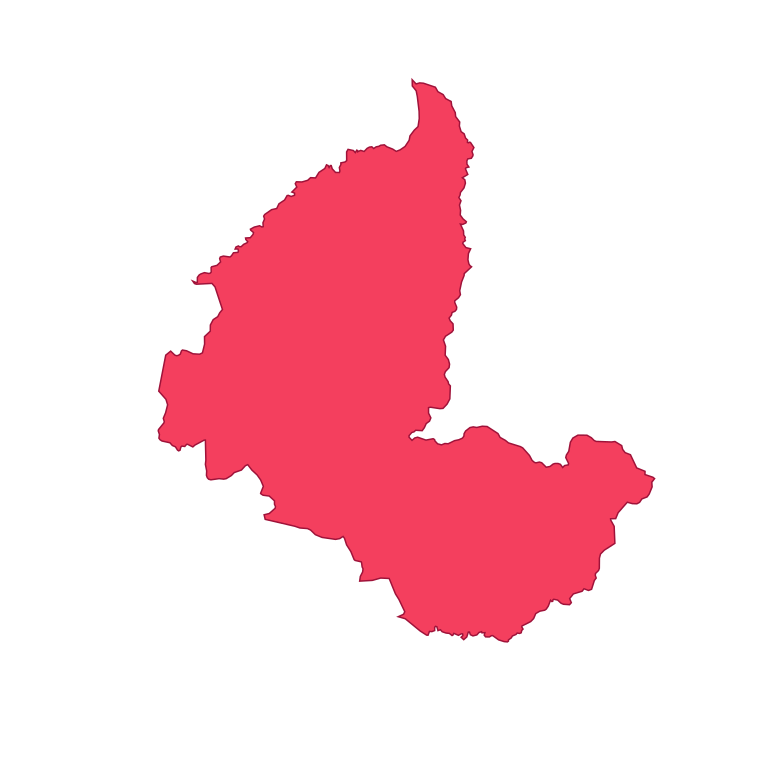 the district of Mocuba, Zambezia, Mozambique, rotated 73°
{"feature_id": "85939544B358257057392", "entity_name": "Mocuba", "entity_type": "district", "adm_level": 2, "iso_a3": "MOZ", "parent_name": "Mozambique", "parent_adm1": "Zambezia", "projection": "orthographic", "projection_center": [36.843, -16.852], "detail": "fine", "context": "isolated", "style": "filled", "palette": "rose", "viewbox_px": 768, "rotation_deg": 73, "n_neighbors": 0, "source": "geoboundaries", "source_scale": "gbopen_adm2", "svg_char_len": 6170}
<svg xmlns="http://www.w3.org/2000/svg" viewBox="0 0 768 768"><g transform="rotate(73 384 384)"><path d="M229.7,536.8L232.5,535.9L233.7,534.3L237.5,519.1L241.8,517.2L265.5,516.7L267.9,520.3L271.0,523.3L272.5,528.5L276.8,532.8L282.7,534.7L286.2,541.8L293.4,543.9L301.1,548.5L301.6,551.6L299.3,557.8L294.5,563.1L292.6,566.8L293.1,568.0L295.9,570.1L296.5,572.4L296.3,574.1L295.2,575.6L290.2,578.4L292.6,584.3L325.0,601.5L334.9,597.0L340.6,597.0L347.7,601.3L352.3,605.1L355.6,605.1L356.8,605.8L361.6,612.9L362.8,613.6L366.6,613.5L370.0,615.1L371.8,614.5L373.6,613.0L377.6,605.9L380.9,604.4L383.1,601.8L386.8,600.8L387.9,599.9L387.7,598.4L385.0,596.8L384.3,595.4L385.5,592.8L384.0,590.4L384.2,589.5L388.3,585.2L387.1,582.6L385.1,572.4L385.4,571.2L404.7,576.6L408.6,578.3L415.3,579.0L419.4,580.5L421.9,580.4L423.8,579.5L425.0,577.6L426.3,569.4L428.1,565.1L428.4,562.6L426.9,556.7L424.9,553.1L424.6,545.5L421.6,540.4L421.3,537.9L427.7,535.5L433.9,531.9L439.7,530.0L446.6,529.3L452.5,534.0L453.1,533.8L455.0,532.2L457.6,526.5L463.7,522.9L467.0,523.9L469.4,523.6L471.0,524.4L474.3,531.6L474.0,536.9L478.7,537.2L494.0,510.8L497.1,506.5L499.9,499.4L502.2,496.9L508.0,493.7L512.6,488.1L518.4,475.8L518.9,471.6L517.8,467.7L520.0,466.9L526.9,466.8L534.5,464.7L543.2,463.9L544.3,463.2L547.4,457.8L548.4,457.7L552.5,458.4L554.6,458.1L557.5,459.4L561.1,462.9L565.4,464.9L568.4,452.6L568.6,443.9L571.5,435.9L588.1,434.4L594.4,432.7L607.8,430.7L609.9,432.6L610.7,438.4L614.7,432.3L630.8,421.6L636.6,416.7L637.1,415.3L633.9,412.9L634.8,410.6L634.6,407.6L631.5,406.7L630.8,405.6L631.6,404.4L635.6,404.5L635.5,401.9L637.9,400.8L640.3,397.5L641.6,394.4L644.4,392.5L644.4,391.7L642.9,390.1L646.1,386.3L645.5,383.1L645.9,381.9L647.6,382.1L648.7,384.3L651.8,382.5L650.1,378.8L645.9,375.9L646.2,374.8L649.0,374.7L650.9,372.6L651.1,368.6L649.4,365.8L649.4,363.1L650.6,363.1L651.3,360.2L653.5,361.6L655.5,360.8L656.7,357.2L656.1,354.8L656.4,353.6L662.2,349.2L665.5,344.4L666.7,341.4L666.3,340.2L665.1,339.8L664.0,336.5L662.5,334.9L662.1,331.0L661.1,329.5L662.2,327.2L662.0,325.5L660.0,324.4L659.0,322.7L656.6,323.3L655.7,322.7L654.1,313.2L652.1,309.5L647.9,306.0L646.8,301.5L647.3,296.4L646.7,294.6L644.4,291.8L639.5,288.0L641.1,287.1L641.1,286.2L639.7,285.4L639.5,284.6L641.4,281.1L645.4,278.8L647.1,276.8L649.3,271.1L647.9,268.8L643.5,269.2L640.1,264.3L640.1,255.1L638.3,252.6L641.2,248.8L641.0,245.5L633.4,240.3L631.6,237.8L628.9,237.9L627.1,237.2L625.1,233.4L623.3,232.0L613.5,228.9L609.9,226.7L607.3,221.9L603.9,209.8L587.4,205.5L580.3,207.0L579.1,206.7L580.5,201.8L575.5,197.7L568.2,185.9L571.0,181.5L572.5,177.2L571.9,174.2L569.3,171.0L568.9,165.4L566.8,162.6L560.8,157.7L556.2,156.6L553.6,152.9L551.8,154.1L546.9,160.9L543.8,159.9L538.1,166.9L523.7,169.0L520.1,173.5L516.3,174.9L512.4,174.7L506.5,180.0L506.0,183.3L500.9,198.0L499.4,199.6L496.0,201.4L492.3,204.9L489.6,213.5L490.9,219.2L494.2,222.8L502.4,227.0L505.2,230.3L507.5,231.7L513.8,230.7L515.2,231.4L514.8,235.2L516.1,237.5L512.4,238.8L510.9,240.8L510.0,243.7L510.0,245.7L511.4,249.3L511.0,253.2L505.4,256.2L504.1,258.2L503.8,261.8L503.0,263.0L500.4,264.7L494.8,265.8L485.7,270.0L483.8,271.8L476.7,282.2L473.4,284.4L469.0,288.6L464.7,289.5L454.8,297.8L453.1,302.4L452.7,308.0L451.1,311.2L450.8,314.5L452.8,319.7L454.9,321.9L457.3,322.9L458.7,324.8L459.2,328.7L458.8,333.1L459.9,340.1L458.7,343.2L459.0,346.8L456.9,350.2L453.4,351.9L451.9,351.9L450.7,353.0L449.9,360.3L444.7,367.4L444.6,370.4L446.1,373.7L442.2,375.6L440.7,375.1L438.5,371.6L438.5,369.2L437.5,367.2L439.8,361.1L437.6,358.2L434.2,355.2L432.8,351.3L430.1,349.1L424.9,349.9L419.6,348.3L419.8,346.3L423.9,337.8L424.6,334.7L421.7,329.6L417.5,325.4L405.2,321.1L402.8,322.2L400.5,322.0L395.3,323.6L392.5,323.5L390.1,321.7L387.4,317.0L384.2,315.5L379.4,315.3L374.4,317.1L365.9,314.1L359.2,314.3L356.3,311.2L354.2,304.0L352.7,302.0L346.7,300.4L342.9,302.2L340.0,302.5L337.9,299.4L335.5,298.0L335.2,294.9L333.9,292.9L331.8,292.0L326.7,292.5L325.1,292.0L323.3,287.5L320.9,284.8L316.9,284.3L309.1,280.0L303.7,275.7L301.9,275.0L297.5,266.0L295.9,267.2L293.9,267.7L289.7,267.4L283.9,265.1L280.0,261.6L277.5,265.8L272.7,267.6L271.5,266.9L270.7,264.3L268.8,264.4L267.5,263.4L264.8,264.2L260.8,263.2L253.4,264.2L254.4,262.2L253.9,258.6L252.9,257.8L249.1,260.2L244.7,261.7L240.3,260.0L234.9,259.5L231.3,256.8L227.6,257.9L225.5,256.0L223.2,254.9L219.9,250.2L215.7,247.4L212.3,247.0L209.7,248.8L208.1,242.6L202.0,243.2L201.2,242.2L201.3,239.4L198.0,240.4L194.8,239.5L193.2,238.0L193.7,234.5L191.8,232.3L190.7,231.8L187.3,231.9L184.2,228.9L178.5,230.6L177.8,231.2L178.0,232.7L177.4,233.6L175.2,232.7L172.7,234.1L168.2,234.2L165.2,236.5L159.3,236.5L155.6,235.0L149.2,237.3L145.3,236.5L137.8,237.9L133.5,237.2L129.1,241.6L124.6,242.8L120.2,247.0L115.2,248.1L107.9,258.3L106.5,261.8L106.4,265.6L101.3,268.1L107.3,269.8L113.0,267.5L118.9,268.1L133.4,270.7L140.5,272.7L147.8,276.2L150.1,280.8L154.3,286.6L158.3,288.7L163.0,294.4L164.8,300.1L165.1,304.3L161.9,307.0L158.0,311.9L155.4,313.7L154.7,317.4L155.2,319.4L154.9,322.2L155.8,325.0L153.6,326.3L153.2,328.7L153.7,331.2L155.8,335.0L153.8,338.0L154.2,341.3L153.0,341.0L152.4,341.7L154.3,343.8L151.8,345.0L149.1,349.8L151.1,351.9L159.5,354.4L160.3,356.5L159.9,360.6L161.6,361.1L163.9,363.4L167.4,363.9L168.7,364.8L167.5,368.5L163.1,370.6L159.7,370.6L159.4,371.5L160.9,373.2L158.7,373.6L157.6,374.9L160.6,377.6L162.6,384.3L166.9,389.2L165.2,393.9L166.9,397.4L166.8,403.4L165.0,408.7L166.5,410.3L170.2,409.8L173.5,416.0L175.3,413.7L177.4,414.4L177.5,418.0L175.6,420.4L175.5,421.6L179.0,425.3L180.9,431.7L184.8,435.3L184.4,440.5L187.0,448.5L188.3,450.0L191.3,450.0L194.4,452.6L198.2,453.5L198.1,454.9L196.3,456.7L196.0,462.2L196.9,466.5L197.9,466.5L201.0,464.5L202.6,465.4L205.0,469.1L203.9,473.7L205.4,473.9L208.1,472.7L208.9,473.7L209.4,477.4L210.9,480.4L210.4,482.1L209.4,482.9L209.7,485.5L211.4,486.9L212.2,484.2L214.3,484.3L215.4,485.2L214.5,489.6L216.8,492.4L217.5,494.2L214.7,500.2L214.7,503.4L216.0,504.5L219.5,504.6L221.7,509.0L221.5,514.5L222.1,515.3L226.4,516.5L227.2,517.8L227.1,519.2L225.0,523.2L225.2,527.1L225.7,528.9L227.5,531.3L232.2,532.8L231.9,534.2L229.7,536.8Z" fill="#f43f5e" stroke="#9f1239" stroke-width="1.5"/></g></svg>